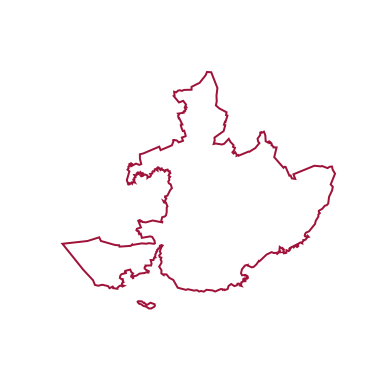 outline of Maguindanao, Maguindanao, Philippines, rotated 248°
{"feature_id": "2640588B76798451045250", "entity_name": "Maguindanao", "entity_type": "district", "adm_level": 2, "iso_a3": "PHL", "parent_name": "Philippines", "parent_adm1": "Maguindanao", "projection": "albers", "projection_center": [124.09, 6.876], "detail": "fine", "context": "isolated", "style": "outline", "palette": "rose", "viewbox_px": 384, "rotation_deg": 248, "n_neighbors": 0, "source": "geoboundaries", "source_scale": "gbopen_adm2", "svg_char_len": 6075}
<svg xmlns="http://www.w3.org/2000/svg" viewBox="0 0 384 384"><g transform="rotate(248 192 192)"><path d="M192.5,52.5L160.8,62.0L147.2,67.2L142.2,67.2L140.2,70.0L139.6,74.1L136.2,78.9L133.7,79.5L134.0,83.1L132.8,83.4L132.3,83.0L130.2,86.6L131.1,87.0L132.1,89.6L131.6,91.1L130.4,92.1L130.5,93.9L131.7,92.4L132.6,92.2L133.8,93.3L134.1,94.7L134.9,94.4L135.9,95.0L136.5,94.6L137.2,95.1L138.0,93.7L139.4,92.9L141.4,94.3L142.2,95.8L141.6,100.4L142.4,100.5L142.8,99.7L143.9,100.5L143.2,105.7L140.5,105.7L138.6,106.8L138.4,106.1L137.1,105.8L137.4,104.6L136.3,103.9L135.8,104.6L133.4,105.0L135.0,105.5L135.7,106.6L135.2,109.1L136.0,112.8L134.6,117.9L134.8,119.2L133.6,121.4L134.7,122.3L137.1,120.2L139.0,119.4L140.2,120.2L140.3,121.1L141.2,121.4L139.2,126.6L140.8,127.7L144.4,128.2L143.3,130.7L145.0,132.1L145.0,133.2L145.6,132.8L146.4,134.1L147.9,134.6L149.4,136.5L150.1,136.6L150.2,137.5L151.5,138.1L151.5,138.9L152.3,139.6L152.0,140.8L154.2,142.1L154.2,144.0L153.4,144.7L151.9,142.5L148.9,139.9L146.7,140.1L145.4,137.8L143.7,137.7L142.6,139.0L141.1,137.6L139.1,137.8L137.6,137.0L135.1,133.6L131.0,134.4L128.0,133.1L125.5,134.7L126.1,135.3L125.1,137.5L120.9,138.8L117.5,141.7L108.6,142.9L103.5,149.8L103.4,151.8L99.8,157.0L99.1,159.9L97.1,161.3L96.8,163.4L95.2,165.6L95.9,168.8L93.0,174.3L91.1,176.1L91.2,182.4L90.6,183.6L89.6,183.9L89.7,185.2L88.8,185.6L88.7,188.7L91.2,190.7L92.0,193.9L88.9,196.0L88.7,198.7L89.9,199.8L89.6,201.0L88.9,201.5L87.6,201.1L86.3,202.7L88.2,202.4L88.5,203.4L89.7,203.8L90.0,205.9L89.3,208.1L90.0,208.5L90.8,206.3L92.2,207.1L92.2,208.7L91.0,210.6L91.3,211.6L92.2,211.9L92.8,211.3L93.3,211.8L94.3,211.2L94.4,210.1L95.2,210.2L96.0,207.2L98.3,207.0L101.6,209.3L104.0,213.6L103.6,216.2L103.2,215.8L99.7,219.3L99.5,221.2L100.7,224.5L103.1,228.2L102.5,228.6L106.1,237.8L106.4,243.3L104.7,245.1L104.0,247.5L102.7,247.8L103.5,249.9L103.1,251.2L104.2,250.2L104.5,251.4L105.0,251.1L108.2,252.8L105.9,254.3L106.1,254.9L105.0,255.2L105.2,254.3L104.2,255.6L102.2,254.1L101.0,254.1L101.2,255.1L100.4,255.3L100.3,256.7L102.6,257.8L101.0,259.6L101.7,261.2L102.8,260.9L103.4,261.8L103.0,262.7L103.7,263.3L103.7,264.9L102.5,265.5L103.1,266.5L103.8,266.2L104.1,269.6L102.3,268.4L101.6,268.8L102.0,270.2L103.2,270.3L104.3,271.6L104.6,273.5L103.1,274.9L104.2,275.1L104.7,276.8L105.7,277.1L105.2,279.2L106.9,282.2L106.7,283.3L108.3,282.7L107.8,281.7L108.4,280.3L109.2,280.1L110.7,281.1L111.6,282.5L111.7,285.8L116.3,294.1L119.0,296.0L121.9,300.0L123.8,300.7L124.6,302.6L125.8,302.1L127.1,302.6L127.6,306.4L129.5,310.0L129.3,311.9L130.2,313.9L136.2,317.3L140.9,322.4L144.1,324.5L147.0,323.4L155.4,331.5L159.9,330.8L163.2,331.3L163.8,329.2L163.4,326.6L167.5,322.2L167.4,321.2L170.5,315.3L170.4,292.7L165.5,292.6L167.2,289.7L170.4,289.6L170.6,288.4L180.2,288.2L180.7,287.2L180.2,285.9L193.5,281.3L201.6,287.1L202.8,284.3L203.4,284.6L205.6,283.3L206.3,283.9L207.6,283.8L208.2,282.3L209.0,283.2L210.1,282.5L209.6,280.8L211.4,279.3L217.0,281.2L221.0,281.3L220.8,278.9L221.6,278.6L221.6,277.6L219.2,276.5L216.9,272.8L214.1,272.2L212.1,272.8L209.0,267.1L207.8,260.1L208.3,259.5L208.2,248.8L208.9,248.8L208.9,247.0L209.5,247.4L212.6,247.0L212.1,244.9L213.7,244.4L214.8,246.6L217.0,248.4L218.5,246.9L219.9,248.1L224.1,246.4L227.5,246.0L224.7,240.0L224.8,237.6L228.1,232.1L228.4,230.1L231.2,232.3L234.0,233.2L236.6,244.1L241.5,247.9L242.4,246.8L244.8,248.9L244.4,249.3L249.6,253.5L250.6,252.4L253.0,253.9L259.3,248.6L263.3,246.6L266.8,248.9L272.2,250.8L278.9,254.5L295.8,254.7L297.7,250.9L295.2,248.4L290.4,240.0L289.7,231.0L287.0,229.9L289.6,222.9L289.6,220.5L291.0,218.6L291.2,217.0L290.3,214.7L291.6,213.0L287.8,211.9L287.8,211.0L279.9,213.5L279.8,218.0L275.4,219.2L274.5,218.3L273.7,218.4L274.1,218.0L272.9,216.8L272.2,217.0L272.3,217.6L270.9,217.4L269.9,214.9L269.4,215.2L269.4,214.1L268.6,213.9L269.9,208.5L268.7,208.9L267.8,207.6L265.3,207.3L265.3,207.8L258.6,208.3L258.9,207.8L258.2,207.7L258.2,206.6L255.0,206.3L252.0,206.3L251.8,207.7L247.4,207.4L246.1,207.0L246.3,203.0L242.8,202.8L243.0,198.3L245.4,197.3L247.1,194.7L247.1,193.9L245.8,193.7L242.8,190.8L242.7,185.3L242.6,178.6L246.3,178.6L246.0,161.1L246.5,157.8L242.4,156.2L236.9,155.4L236.9,153.3L239.3,150.7L238.7,145.2L239.6,145.2L240.6,146.8L241.5,146.2L241.3,144.3L239.5,143.5L239.2,142.4L237.9,142.2L236.9,140.6L234.6,141.7L227.4,136.0L224.7,135.9L224.0,136.8L223.3,135.7L222.8,135.8L222.5,137.1L223.3,139.0L222.2,139.5L223.3,140.2L222.7,141.4L223.7,141.8L222.6,142.6L225.4,142.4L225.2,143.3L226.7,143.7L227.0,145.3L229.3,144.9L228.4,146.9L229.0,148.0L229.9,147.7L230.5,149.1L230.1,149.6L228.6,149.5L228.5,150.6L229.7,151.6L228.1,152.3L228.0,153.4L226.8,153.4L226.4,150.5L225.5,150.9L225.3,152.1L226.0,154.8L224.0,156.9L221.8,156.0L222.2,157.1L221.8,159.0L222.7,160.1L224.4,160.0L224.0,162.2L225.6,162.9L225.9,163.6L225.2,164.8L227.0,166.0L226.9,166.9L224.9,168.1L227.5,168.9L227.7,169.6L227.1,170.3L224.4,170.9L225.4,172.3L225.2,172.8L223.8,172.5L223.0,173.9L221.1,174.2L221.3,175.3L222.2,175.9L221.9,177.8L219.9,177.9L219.7,179.1L217.5,178.9L217.5,177.9L216.0,176.4L214.3,177.4L213.5,175.9L211.6,175.5L210.6,173.9L208.7,173.8L207.1,175.1L203.1,174.8L201.8,172.3L197.8,167.8L198.0,165.4L197.2,165.0L195.7,165.8L194.3,164.1L193.1,163.5L193.0,162.9L194.2,162.1L192.6,162.2L191.7,163.9L187.7,163.8L187.2,162.8L182.6,160.9L180.1,159.1L179.5,157.8L179.8,154.9L176.5,152.5L175.5,153.3L175.0,153.0L180.3,144.9L181.1,137.9L182.8,134.7L184.0,134.4L184.0,133.1L185.5,133.1L185.5,131.4L178.3,131.4L178.5,127.1L177.3,126.1L175.9,127.0L175.8,127.8L174.2,128.0L173.8,127.3L172.6,127.2L172.4,128.9L168.3,128.3L166.5,136.7L165.1,138.3L160.8,139.0L158.3,138.4L158.2,137.4L160.8,132.7L161.0,130.7L163.2,126.1L165.2,117.0L165.8,116.9L165.0,115.0L168.5,104.3L169.9,104.5L171.6,100.9L180.7,89.2L184.7,89.0L185.7,76.8L192.5,52.5ZM110.5,100.4L108.5,100.9L106.7,103.0L104.5,104.3L102.9,106.7L102.3,106.9L101.6,106.3L102.3,107.0L100.1,108.5L99.3,110.6L99.7,113.7L100.4,115.0L101.9,115.3L104.9,112.0L104.2,108.5L105.1,107.1L107.2,106.3L107.2,105.7L109.4,104.5L110.9,101.2L110.5,100.4Z" fill="none" stroke="#9f1239" stroke-width="2"/></g></svg>